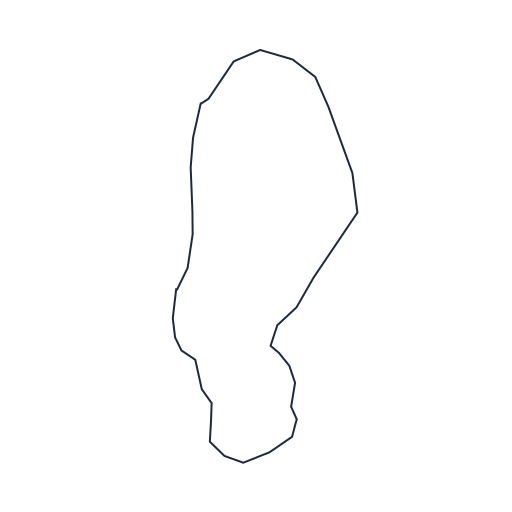 Kungälv, Västra Götaland, Sweden (Robinson projection), rotated 124°
{"feature_id": "70781695B99737060400485", "entity_name": "Kungälv", "entity_type": "district", "adm_level": 2, "iso_a3": "SWE", "parent_name": "Sweden", "parent_adm1": "Västra Götaland", "projection": "robinson", "projection_center": [11.966, 57.915], "detail": "fine", "context": "isolated", "style": "outline", "palette": "slate", "viewbox_px": 512, "rotation_deg": 124, "n_neighbors": 0, "source": "geoboundaries", "source_scale": "gbopen_adm2", "svg_char_len": 690}
<svg xmlns="http://www.w3.org/2000/svg" viewBox="0 0 512 512"><g transform="rotate(124 256 256)"><path d="M328.2,303.6L354.1,290.2L368.7,277.6L376.0,265.0L376.0,248.3L396.8,226.4L402.8,210.5L417.5,201.3L435.8,190.4L439.4,170.3L434.5,151.0L422.3,142.6L421.9,142.4L411.3,135.1L385.7,125.0L371.4,130.0L368.6,130.9L361.3,142.6L339.3,152.7L328.4,166.9L323.5,182.8L322.3,193.7L301.5,199.6L275.9,193.7L241.7,196.2L205.1,196.2L163.3,196.2L133.3,222.5L110.8,253.4L91.7,279.6L74.4,307.0L72.6,335.6L82.9,367.8L107.1,383.3L152.2,383.3L160.8,386.9L160.8,387.0L193.0,374.4L219.1,359.7L254.5,333.7L273.5,320.6L304.2,306.0L327.8,302.7L328.2,303.6Z" fill="none" stroke="#1e293b" stroke-width="2"/></g></svg>